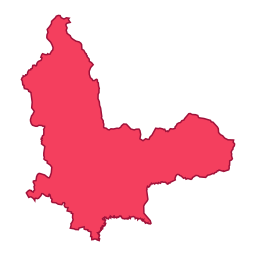 Chawang, Nakhon Si Thammarat, Thailand (Albers equal-area conic projection)
{"feature_id": "78962969B73992602803930", "entity_name": "Chawang", "entity_type": "district", "adm_level": 2, "iso_a3": "THA", "parent_name": "Thailand", "parent_adm1": "Nakhon Si Thammarat", "projection": "albers", "projection_center": [99.536, 8.499], "detail": "fine", "context": "isolated", "style": "filled", "palette": "rose", "viewbox_px": 256, "rotation_deg": 0, "n_neighbors": 0, "source": "geoboundaries", "source_scale": "gbopen_adm2", "svg_char_len": 5759}
<svg xmlns="http://www.w3.org/2000/svg" viewBox="0 0 256 256"><path d="M229.7,160.8L231.4,160.0L232.4,158.8L231.5,155.8L231.7,153.9L231.2,152.1L232.0,150.1L232.8,149.5L233.2,147.2L234.0,146.4L234.5,145.1L234.6,143.9L233.2,142.2L233.6,140.0L228.0,139.8L224.6,138.1L222.7,135.8L220.4,134.6L218.6,132.5L218.3,128.6L217.4,127.0L213.0,122.2L211.2,121.8L210.5,120.4L204.0,118.5L199.1,117.8L198.4,117.2L197.8,115.5L195.6,114.7L192.1,114.5L190.2,113.5L188.8,113.7L184.6,118.6L183.9,120.0L181.8,120.7L180.5,122.5L178.5,123.0L176.9,124.1L176.5,125.3L175.0,127.0L175.1,128.3L172.9,129.0L170.3,128.7L168.2,131.6L167.7,131.6L167.3,130.9L165.8,131.4L164.7,129.2L163.6,129.6L163.0,129.0L159.9,128.2L158.3,128.6L155.7,128.2L152.1,134.9L149.9,137.1L149.1,139.3L147.7,139.4L145.7,138.7L143.0,140.7L139.9,138.8L140.7,134.5L139.9,130.6L139.0,129.1L136.1,129.2L134.2,129.9L130.9,129.0L126.4,124.2L123.6,124.0L121.5,125.8L120.8,127.1L118.8,128.4L116.9,128.2L113.4,129.0L110.9,128.8L109.2,129.9L107.7,129.5L106.4,128.3L103.9,127.7L103.6,127.1L103.8,124.2L103.1,122.0L103.3,121.0L101.4,117.9L101.8,116.7L100.6,108.0L99.6,105.4L99.3,101.8L98.0,98.7L98.1,94.3L99.0,92.6L99.0,89.3L99.3,88.5L98.6,86.3L98.3,82.8L97.5,82.1L97.3,79.9L96.7,79.3L96.1,79.4L94.3,80.6L92.7,80.5L92.0,79.0L90.4,77.7L89.3,74.3L89.2,71.2L90.7,67.5L93.2,64.7L91.5,62.6L89.4,61.4L89.1,59.0L87.0,56.6L87.1,55.6L86.2,54.7L86.3,53.8L85.3,53.1L83.8,50.3L81.9,49.2L81.6,44.6L80.8,43.2L79.1,41.9L75.9,41.1L72.6,39.0L71.1,37.7L70.2,35.7L67.1,33.4L66.2,30.2L67.1,27.9L66.0,25.6L65.9,24.4L67.0,23.2L70.2,22.4L68.5,19.8L68.5,18.9L69.1,18.2L66.3,17.8L64.6,18.8L63.6,18.9L61.1,17.6L60.1,15.6L58.3,15.4L56.3,16.2L55.5,17.6L51.6,21.3L51.4,23.8L49.6,26.6L47.2,29.4L48.0,32.4L47.0,34.8L46.8,37.4L47.2,38.5L50.7,42.2L52.0,44.7L53.1,47.7L52.7,50.1L51.6,51.1L49.9,54.2L48.6,54.3L47.7,53.7L47.1,54.6L45.2,54.6L42.6,53.7L41.8,54.7L40.8,57.3L42.0,57.9L41.1,60.3L38.6,61.3L37.5,62.3L36.5,64.4L36.8,64.8L36.3,65.7L35.5,65.8L34.4,65.1L32.8,65.4L32.2,68.4L30.8,68.9L30.7,69.8L28.8,70.1L27.7,72.2L27.5,73.8L26.6,74.9L25.7,74.8L25.7,75.5L24.2,76.2L23.2,75.8L23.2,76.8L22.2,77.6L21.4,79.5L22.3,80.9L22.8,84.9L24.0,85.4L23.9,87.1L24.5,88.1L24.4,88.6L27.3,89.2L28.4,90.0L28.7,91.4L29.8,91.4L30.1,92.2L30.9,92.5L32.2,102.3L31.7,107.8L34.3,111.3L32.7,114.5L31.6,115.8L30.5,119.4L30.5,121.0L31.3,123.6L32.5,125.2L35.4,126.2L37.1,126.3L38.9,125.3L42.0,125.5L42.5,126.1L44.6,126.3L44.6,127.5L43.6,129.5L43.9,130.8L43.7,135.0L42.5,135.8L41.9,137.7L42.2,138.4L41.3,138.3L41.1,139.6L42.1,140.4L41.4,141.6L41.8,142.8L41.5,143.8L44.8,146.4L43.8,153.0L43.8,155.8L44.4,157.2L43.9,159.0L45.3,160.2L46.8,160.8L47.5,161.8L47.1,162.9L50.3,165.1L51.8,167.2L51.3,172.8L50.1,176.4L49.2,177.8L48.0,177.6L44.7,175.0L40.3,173.6L39.1,173.4L37.6,174.4L36.6,176.6L36.0,180.6L33.4,181.0L33.2,182.1L34.2,183.8L34.6,185.6L34.0,186.6L34.6,190.1L33.7,190.9L33.3,192.0L31.4,191.2L31.4,190.6L29.4,190.1L27.6,191.4L26.3,192.9L28.8,197.4L30.3,196.8L31.4,197.0L33.5,198.6L34.8,200.6L35.0,198.5L35.8,198.2L37.4,198.7L38.6,198.2L41.0,195.5L41.8,193.6L42.9,193.7L46.1,196.1L48.2,196.5L48.8,196.2L49.0,194.4L49.5,194.3L50.1,195.0L50.7,198.0L52.0,199.2L51.6,201.4L52.2,202.4L55.9,202.8L58.2,204.2L61.8,204.7L63.1,202.7L64.4,202.7L64.8,203.6L64.2,205.3L64.8,206.8L66.1,207.6L68.0,207.6L67.1,210.9L71.4,212.1L71.3,213.3L72.8,213.7L72.5,217.3L73.1,219.8L72.1,222.2L70.9,223.8L71.2,225.1L70.3,228.2L74.5,228.9L75.3,229.5L78.4,229.7L79.1,228.0L84.1,226.8L84.1,229.0L85.2,229.5L87.8,229.7L87.7,230.5L88.8,231.3L90.8,231.7L91.0,233.5L90.6,236.5L91.7,236.7L91.8,239.7L93.5,239.5L94.0,239.0L96.1,239.1L96.9,239.8L99.2,240.6L99.6,238.7L98.8,238.1L98.5,238.3L99.6,235.2L99.2,234.6L98.6,234.6L98.3,233.9L98.6,233.7L97.7,232.8L99.1,232.6L99.0,232.2L99.6,232.1L99.7,231.4L100.1,231.4L100.7,230.4L101.2,230.3L101.3,229.6L100.8,229.6L100.8,229.2L101.7,229.1L100.4,227.5L101.3,228.0L101.9,227.6L102.7,228.2L102.9,226.8L102.1,226.5L102.4,225.7L103.3,226.0L103.7,225.7L103.6,226.3L104.9,225.6L105.7,223.4L104.2,223.1L105.0,222.3L105.1,221.1L105.6,220.1L104.6,219.6L104.4,220.0L102.9,219.6L102.5,218.8L103.6,217.8L104.5,218.4L104.8,217.2L105.2,217.5L105.8,217.2L106.3,218.4L106.8,218.2L108.3,219.0L109.6,217.1L110.6,217.9L110.5,216.1L112.1,217.2L113.7,217.6L113.7,216.1L114.2,215.9L114.8,217.6L116.2,217.1L116.8,217.9L117.9,216.9L119.2,217.5L118.6,216.8L120.0,215.8L120.8,216.6L121.3,216.4L121.9,217.9L123.1,218.7L123.9,218.5L124.8,219.0L126.1,218.4L127.1,219.0L127.4,218.5L128.4,218.8L128.5,218.4L128.1,218.4L128.3,218.0L129.6,218.1L129.6,217.1L130.4,218.1L130.5,217.1L133.4,216.5L135.0,217.3L135.3,218.7L136.3,218.1L137.7,218.3L137.8,219.6L138.7,218.6L139.6,218.8L140.5,218.3L141.3,219.6L142.0,219.2L142.1,220.2L143.5,219.6L142.9,221.0L144.0,221.1L144.8,222.2L145.4,222.2L145.5,223.2L146.6,222.8L147.3,223.1L147.9,222.7L148.0,223.4L148.7,223.7L150.4,223.9L151.0,223.3L150.2,220.6L143.9,213.2L143.7,206.0L144.7,204.1L147.3,200.7L147.9,199.3L146.6,190.1L147.0,189.7L146.8,188.6L147.5,186.3L148.6,187.1L149.0,186.5L149.5,186.5L150.2,184.7L150.8,184.7L151.4,183.3L152.2,183.9L153.3,183.4L154.2,183.5L154.7,184.0L155.3,183.2L156.5,183.1L158.0,183.7L158.5,182.6L160.4,183.3L161.0,182.6L161.0,182.0L162.2,181.7L162.8,182.2L165.5,182.2L166.2,183.0L167.0,183.3L167.3,184.1L168.2,183.9L168.9,182.9L169.9,183.1L170.3,182.3L175.3,179.9L175.0,178.3L175.9,175.9L176.8,174.7L177.6,174.4L179.1,174.7L179.6,175.4L181.3,176.1L183.6,178.3L185.3,177.7L186.0,179.2L187.8,178.5L191.0,179.4L192.1,178.7L192.5,177.6L195.9,175.4L198.1,175.7L199.7,176.9L205.7,177.4L207.7,175.2L209.9,174.8L212.7,173.5L213.9,173.8L214.8,172.7L216.5,172.1L217.4,170.8L218.5,170.7L219.0,170.0L222.6,171.1L223.5,170.9L223.8,171.4L228.7,169.8L229.2,168.3L229.1,165.9L229.6,165.3L229.7,160.8Z" fill="#f43f5e" stroke="#9f1239" stroke-width="1.5"/></svg>